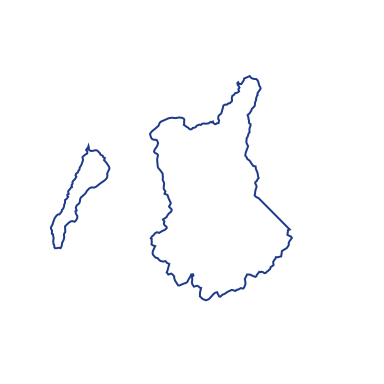 Sítio d'Abadia, Goiás, Brazil (Natural Earth projection), rotated 38°
{"feature_id": "56859067B22155474073709", "entity_name": "Sítio d'Abadia", "entity_type": "district", "adm_level": 2, "iso_a3": "BRA", "parent_name": "Brazil", "parent_adm1": "Goiás", "projection": "natural_earth1", "projection_center": [-46.35, -14.751], "detail": "fine", "context": "isolated", "style": "outline", "palette": "blue", "viewbox_px": 384, "rotation_deg": 38, "n_neighbors": 0, "source": "geoboundaries", "source_scale": "gbopen_adm2", "svg_char_len": 5758}
<svg xmlns="http://www.w3.org/2000/svg" viewBox="0 0 384 384"><g transform="rotate(38 192 192)"><path d="M291.6,236.8L291.9,235.3L290.8,231.6L289.0,229.6L287.2,228.1L286.2,223.1L287.7,222.0L289.1,221.1L290.5,221.0L291.4,220.7L292.4,220.4L294.0,220.0L294.6,218.8L294.1,217.4L294.2,215.3L294.1,213.5L295.2,213.1L295.9,212.0L297.7,211.4L299.0,211.4L299.9,210.4L300.1,208.6L300.5,207.4L300.7,205.9L301.0,204.7L300.2,202.6L301.3,199.5L299.0,197.1L298.7,194.7L298.8,193.1L298.2,191.8L299.9,190.4L301.9,187.8L299.2,183.1L301.2,177.8L301.1,175.8L300.8,173.9L299.6,172.7L299.1,170.7L299.1,169.3L299.0,166.7L297.4,166.2L295.7,166.6L293.5,167.0L292.7,165.6L292.0,164.2L291.1,163.2L292.1,161.4L248.0,155.8L246.7,156.3L245.5,156.4L243.5,156.2L242.6,154.4L241.2,152.1L240.6,150.8L239.9,148.5L238.7,147.2L236.5,146.3L235.8,145.1L236.3,143.3L235.8,141.8L236.0,140.0L234.7,139.2L233.1,137.7L231.3,136.2L229.7,135.4L228.8,134.9L227.7,134.1L226.4,132.7L224.2,133.8L222.9,133.4L221.1,132.9L219.2,132.1L217.9,131.8L216.2,131.9L215.2,131.9L213.6,131.0L211.7,130.6L210.4,128.6L209.5,126.1L209.0,124.4L208.5,122.9L208.0,121.3L205.9,120.4L203.9,119.1L203.0,117.4L201.9,116.0L201.9,114.5L200.6,111.1L200.6,109.5L199.8,108.7L198.2,106.5L197.2,103.5L196.3,102.5L194.8,102.6L193.8,101.9L193.2,100.8L191.6,99.7L190.3,98.3L189.2,97.8L188.4,97.0L188.9,95.3L188.8,93.0L188.6,91.4L188.0,89.6L188.3,87.7L188.4,85.5L186.6,82.6L186.2,81.4L185.9,79.9L185.0,79.2L184.6,77.8L184.0,76.4L184.0,75.1L183.0,74.3L182.7,72.7L182.6,70.2L182.4,68.2L181.1,67.3L179.8,66.9L175.8,64.0L174.5,63.6L173.2,63.4L171.5,64.6L169.5,65.5L168.1,65.6L166.1,65.1L163.8,69.5L163.2,70.4L164.0,71.9L164.4,76.6L162.6,77.8L160.8,77.1L160.7,78.3L161.9,79.3L163.6,79.8L165.2,80.5L165.2,82.4L167.1,83.7L166.7,85.6L165.1,87.7L165.3,89.1L165.0,90.3L164.6,91.4L165.5,93.6L166.7,94.6L167.5,95.7L167.3,97.3L167.3,98.6L166.0,99.9L165.8,101.6L164.3,102.7L163.5,104.5L164.2,106.0L165.1,108.1L166.0,110.3L166.7,112.0L166.5,113.3L166.1,114.7L166.2,116.2L167.8,118.4L169.2,118.8L169.9,120.1L170.5,121.4L169.5,122.2L169.1,123.4L168.4,124.4L166.1,124.4L165.1,123.7L164.8,124.9L163.7,125.1L163.2,126.2L163.0,127.5L162.1,128.4L161.1,129.5L159.5,130.5L158.6,131.2L157.9,132.2L157.7,133.7L156.2,134.5L154.9,136.8L155.0,138.6L154.0,140.2L153.2,141.0L153.1,142.5L152.3,143.6L151.3,144.0L149.6,143.7L147.4,144.0L146.2,144.0L144.2,144.1L143.7,142.9L142.6,141.6L141.4,139.7L140.3,139.3L138.4,139.7L136.0,141.2L133.3,144.1L130.4,145.8L129.4,146.9L128.1,148.4L124.1,155.9L124.0,157.5L124.9,160.8L124.4,162.3L124.2,164.0L123.5,166.8L123.2,168.5L123.0,169.8L123.2,172.2L126.6,174.5L128.0,174.8L129.7,174.4L131.3,173.1L132.5,172.8L135.2,174.4L136.0,176.4L136.4,178.7L136.4,181.2L137.2,183.6L138.6,184.0L141.4,183.4L142.8,184.2L143.7,186.5L144.8,188.2L148.8,192.5L149.7,193.3L150.9,193.9L153.5,194.4L155.8,195.1L157.4,195.5L159.8,198.1L161.4,200.4L164.3,202.0L165.3,203.1L166.7,205.6L167.5,206.6L168.4,207.2L170.7,207.9L171.4,210.3L173.7,209.6L174.9,209.6L176.1,210.5L177.6,211.5L182.0,213.7L182.5,214.9L182.8,217.6L183.8,217.9L185.6,218.0L186.7,218.3L187.4,219.3L187.6,220.8L187.0,223.4L187.0,224.9L187.4,227.7L186.0,231.5L187.2,232.0L188.3,232.1L189.3,234.3L190.8,235.1L193.3,235.1L194.3,235.9L194.0,238.3L192.3,241.6L191.3,244.5L190.1,244.8L189.0,245.5L188.3,247.2L188.3,249.3L188.1,250.6L187.8,251.8L188.1,253.9L189.2,253.8L189.8,254.9L191.1,256.1L192.3,258.2L193.8,258.2L196.3,257.3L197.4,262.1L198.1,263.8L199.5,265.3L201.3,265.8L204.0,266.1L205.6,265.2L207.5,265.7L209.5,265.8L212.4,264.4L213.6,262.8L214.6,262.9L215.9,263.3L218.4,262.7L220.9,268.6L221.7,271.1L223.0,271.2L224.2,271.6L225.8,269.1L228.0,269.0L230.1,269.6L230.9,270.7L233.1,272.2L238.5,274.1L239.6,273.5L241.8,269.4L243.1,267.6L243.7,265.9L243.0,262.5L242.7,259.2L242.1,257.6L243.5,256.2L244.5,256.9L244.3,258.9L246.1,260.8L247.6,263.4L249.3,264.6L251.8,265.4L253.8,262.7L255.1,262.4L256.8,262.6L258.2,262.0L260.3,266.4L262.5,269.4L266.4,269.7L269.7,268.7L270.8,266.9L271.4,265.3L271.8,259.1L272.2,257.3L273.5,255.5L277.5,257.6L278.8,257.0L279.2,254.2L280.4,252.3L281.5,248.7L282.4,247.0L283.6,244.6L287.2,243.2L287.4,241.6L288.5,240.4L289.7,237.6L291.6,236.8ZM123.0,317.2L122.8,315.5L121.7,313.2L121.0,312.2L120.5,309.5L119.8,307.5L118.9,306.0L117.7,305.0L116.9,303.4L116.8,301.6L113.1,297.2L113.8,292.1L114.6,289.7L115.8,288.5L117.7,287.8L118.1,286.1L117.7,283.3L116.5,281.6L113.8,280.5L112.0,278.9L112.5,277.6L110.2,276.0L109.6,274.4L109.5,273.0L110.1,270.7L109.9,269.6L109.3,268.1L108.3,266.6L107.8,264.8L108.3,262.4L108.8,259.4L108.8,257.9L108.5,255.8L108.7,253.2L109.0,252.0L109.9,250.3L112.2,248.7L113.2,246.9L114.3,242.2L115.1,239.6L115.9,237.0L116.3,234.9L116.2,232.9L114.9,230.7L114.0,230.0L113.3,227.9L112.7,224.7L112.0,223.9L111.1,223.2L107.7,222.0L106.3,221.6L103.0,221.0L102.5,218.9L100.6,219.2L99.3,218.4L96.9,218.9L95.5,218.1L94.1,218.0L92.8,217.7L91.5,217.8L90.4,218.3L88.8,220.3L87.2,221.9L84.4,222.2L83.6,220.7L82.1,219.5L82.6,220.9L82.6,222.1L82.7,224.1L84.6,224.6L85.7,226.2L85.0,227.9L84.6,229.5L84.3,230.8L84.3,232.1L85.3,232.9L86.5,233.9L87.7,237.4L88.2,239.1L88.5,241.9L89.5,243.6L89.4,245.1L90.0,246.8L89.4,248.9L90.1,250.7L91.4,251.1L91.8,253.4L91.7,255.2L91.5,256.4L91.8,258.0L92.8,259.0L92.9,260.7L94.4,262.0L93.8,263.1L94.1,264.5L93.9,265.8L94.0,267.7L94.8,268.6L96.0,269.4L95.4,270.6L96.0,271.7L97.4,272.0L97.4,275.0L96.9,276.4L97.6,277.4L98.6,278.7L99.2,280.9L100.0,282.0L100.8,284.5L100.5,286.3L101.3,287.3L101.3,289.6L101.3,291.3L100.1,292.3L99.8,293.9L99.9,297.2L101.6,302.4L102.1,303.4L102.3,304.9L102.5,306.1L102.9,307.2L104.1,308.1L105.4,308.5L107.3,311.2L108.5,310.9L110.0,312.4L111.4,313.6L112.9,316.2L115.1,318.4L116.2,318.7L117.4,320.2L118.7,320.6L120.0,319.6L121.5,317.8L123.0,317.2Z" fill="none" stroke="#1e3a8a" stroke-width="2"/></g></svg>